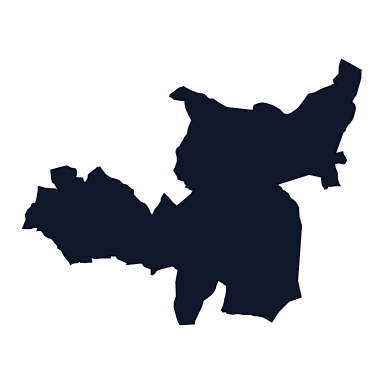 Isiala Mbano, Imo, Nigeria (Albers equal-area conic projection)
{"feature_id": "59680162B35426409409773", "entity_name": "Isiala Mbano", "entity_type": "district", "adm_level": 2, "iso_a3": "NGA", "parent_name": "Nigeria", "parent_adm1": "Imo", "projection": "albers", "projection_center": [7.166, 5.667], "detail": "fine", "context": "isolated", "style": "filled", "palette": "ink", "viewbox_px": 384, "rotation_deg": 0, "n_neighbors": 0, "source": "geoboundaries", "source_scale": "gbopen_adm2", "svg_char_len": 5312}
<svg xmlns="http://www.w3.org/2000/svg" viewBox="0 0 384 384"><path d="M300.9,297.0L297.3,280.8L301.3,225.8L298.8,216.8L298.3,207.4L295.4,202.4L292.9,200.1L291.5,199.4L290.4,198.3L289.4,196.8L288.1,194.0L287.0,193.1L285.4,192.0L284.3,191.2L282.4,190.4L281.7,188.9L280.8,187.6L279.4,186.7L278.3,185.9L277.7,185.1L277.4,184.1L309.2,174.1L322.1,177.0L321.7,178.7L321.9,180.3L322.1,182.4L322.4,184.0L323.1,185.8L324.0,187.1L324.7,188.9L325.8,188.7L326.9,188.1L327.2,187.2L328.3,185.9L328.9,185.9L331.1,186.2L332.8,185.7L335.6,185.5L339.8,185.5L338.8,184.2L337.3,179.4L337.0,177.1L337.1,174.4L336.9,172.7L336.5,171.5L335.7,169.6L335.0,168.1L334.7,166.3L334.4,164.3L334.4,163.1L335.2,163.1L336.6,163.1L337.9,162.9L339.5,162.7L341.2,163.1L343.9,163.6L345.2,162.4L345.8,161.3L346.1,160.0L344.8,157.1L343.3,154.8L342.7,153.0L342.6,152.0L341.2,152.3L339.7,152.8L337.2,153.5L335.9,153.7L335.5,152.6L339.1,142.7L342.8,132.4L344.8,130.5L346.0,127.4L347.9,124.3L349.9,122.5L351.8,119.6L353.1,116.8L353.8,114.3L354.9,109.9L355.2,108.2L354.4,104.7L353.0,103.3L351.2,102.1L354.0,97.1L355.8,94.7L360.6,78.1L360.7,71.8L361.0,70.3L341.6,59.6L340.2,63.7L339.5,67.2L339.4,73.7L333.5,80.1L333.9,81.7L334.7,83.6L336.0,84.3L332.9,84.9L330.4,86.2L321.6,89.4L315.3,92.9L312.1,93.7L308.7,94.4L303.2,102.1L299.4,107.2L296.5,109.9L291.7,113.2L287.7,114.8L283.7,114.3L279.5,109.9L272.8,105.9L266.5,103.9L262.2,103.2L259.1,103.7L254.3,105.5L253.2,110.7L226.9,107.8L218.9,103.4L213.0,99.2L209.0,99.4L207.6,98.0L204.4,95.0L203.5,94.5L202.5,94.1L199.4,93.8L197.6,93.5L194.4,92.3L190.0,90.6L186.3,88.6L183.3,86.8L181.6,87.7L179.6,88.1L177.3,89.6L174.1,92.2L170.5,94.8L170.0,96.4L170.7,96.6L172.2,97.4L173.6,98.6L174.2,99.3L175.0,99.2L176.7,99.4L179.4,99.9L182.6,100.3L183.7,100.0L185.0,99.4L185.3,103.8L185.7,106.4L186.3,108.6L187.4,111.1L188.4,113.2L188.7,114.3L192.1,120.3L189.2,126.9L188.4,129.1L187.8,133.9L186.1,136.1L184.6,137.8L183.8,140.4L182.2,142.3L180.2,146.3L177.3,148.5L176.3,150.9L176.5,153.3L177.5,156.8L177.6,161.2L176.9,163.8L174.0,170.8L175.6,172.8L176.1,173.8L176.6,174.6L177.6,176.2L178.1,178.1L178.5,179.0L181.4,180.1L184.4,181.0L185.2,181.5L185.1,182.3L185.0,183.4L186.0,184.4L186.6,184.9L187.0,185.2L186.9,185.5L186.5,186.2L185.8,187.0L186.5,187.3L187.5,187.4L188.7,187.6L189.1,188.0L189.3,188.9L190.0,188.8L190.8,189.0L191.4,189.7L194.2,189.2L193.2,190.9L191.5,194.1L185.4,199.4L176.7,206.4L172.6,203.0L168.0,197.5L164.2,193.9L162.4,196.7L161.5,198.5L161.3,201.6L158.6,205.8L155.4,209.6L152.1,216.3L149.9,212.9L148.4,209.3L146.8,206.5L144.7,204.2L140.3,202.1L135.8,197.7L133.9,195.7L133.2,194.4L133.1,192.5L133.2,190.3L130.7,189.0L128.3,186.7L126.5,185.2L122.7,184.4L121.4,183.3L120.3,181.9L118.9,180.9L117.2,180.1L116.0,179.7L112.0,178.6L110.9,178.5L109.4,177.4L107.4,176.2L105.0,174.5L103.5,172.1L101.9,170.5L99.9,167.2L97.3,167.8L95.6,169.4L92.5,171.6L88.6,174.8L88.3,178.2L87.2,180.0L85.6,182.6L84.8,183.3L83.6,181.8L82.9,180.0L82.5,178.3L79.8,178.2L77.0,177.9L75.3,177.6L75.5,176.2L76.1,174.7L76.2,170.5L75.1,169.1L70.8,168.3L67.0,166.1L51.0,170.2L51.9,179.0L52.5,180.6L52.6,181.6L53.2,182.3L54.1,182.7L55.3,184.3L56.4,186.3L57.4,187.9L58.7,189.4L59.4,191.2L56.4,189.7L55.1,189.1L53.0,189.1L50.7,189.1L48.5,188.7L45.6,188.7L43.0,187.9L38.5,186.7L38.3,191.8L36.8,200.0L35.6,203.1L32.3,204.1L31.1,207.3L29.2,208.9L27.7,210.4L26.8,212.7L25.6,214.9L26.5,219.6L25.1,222.9L23.0,228.2L27.2,228.4L30.3,228.4L34.4,227.2L38.4,227.4L38.4,227.9L37.4,230.1L37.3,230.4L38.3,230.2L40.3,230.2L41.1,230.4L41.8,230.9L42.7,231.8L43.5,233.1L44.1,234.1L45.1,235.3L46.3,236.2L47.8,237.2L48.5,237.5L50.1,237.9L51.9,238.7L53.0,239.8L54.7,242.0L55.3,243.0L56.5,243.9L57.4,245.3L58.0,246.3L58.6,247.2L57.9,247.9L59.4,248.9L61.0,250.0L61.7,250.7L62.2,251.3L63.2,253.4L64.5,255.7L65.9,257.8L67.3,259.2L68.9,261.0L69.8,262.4L70.6,264.2L71.1,263.9L71.7,263.4L72.6,263.2L73.9,262.7L75.6,262.5L77.0,262.4L77.9,262.3L79.1,261.1L79.6,260.8L80.3,261.5L80.7,262.1L83.2,262.1L85.6,262.3L87.8,262.0L89.9,262.0L91.2,262.0L91.6,261.8L91.1,260.3L90.9,258.7L90.8,257.5L91.9,257.5L94.7,258.1L95.8,258.2L97.9,258.0L100.5,257.8L104.1,257.7L106.9,257.7L110.2,257.5L110.0,255.5L112.7,255.8L115.8,255.6L117.6,258.4L119.8,259.4L127.5,262.8L126.9,264.2L128.0,264.2L131.1,263.8L134.6,263.5L139.4,262.9L141.9,262.9L143.1,264.3L144.4,266.2L147.7,267.6L151.5,268.6L151.3,270.3L151.4,271.4L151.5,274.3L152.5,274.6L154.4,273.1L155.2,271.9L156.1,270.5L159.1,269.2L161.8,268.3L165.6,267.4L168.5,266.6L169.8,266.4L172.2,265.8L174.0,266.4L175.9,268.4L178.4,269.5L176.1,282.1L176.5,293.2L176.5,296.4L174.6,302.3L174.4,307.3L176.8,316.2L178.1,320.5L180.0,324.4L183.3,324.3L188.0,324.0L192.0,323.8L194.1,323.7L194.1,322.2L194.3,321.1L196.3,316.9L200.0,309.3L201.6,305.9L202.5,302.0L203.4,300.2L205.8,298.4L210.3,295.0L212.7,292.6L214.9,289.0L215.9,285.1L217.9,280.0L220.4,281.2L222.5,282.5L224.3,283.8L225.5,284.8L226.7,285.2L226.9,289.2L226.4,293.4L226.0,295.9L225.1,298.7L224.4,303.0L223.6,306.0L222.7,308.0L221.6,310.0L223.0,311.8L225.7,311.3L226.2,311.8L227.1,312.9L228.2,313.2L231.4,313.8L233.3,314.0L235.8,313.4L238.1,313.4L239.8,313.5L240.8,313.8L243.2,314.2L247.8,314.2L250.4,314.1L251.4,314.4L252.9,315.0L254.4,315.4L256.6,315.5L257.7,315.6L261.4,316.4L263.2,316.7L271.8,321.6L278.4,311.5L288.7,301.2L300.9,297.0Z" fill="#0f172a" stroke="#020617" stroke-width="1.5"/></svg>